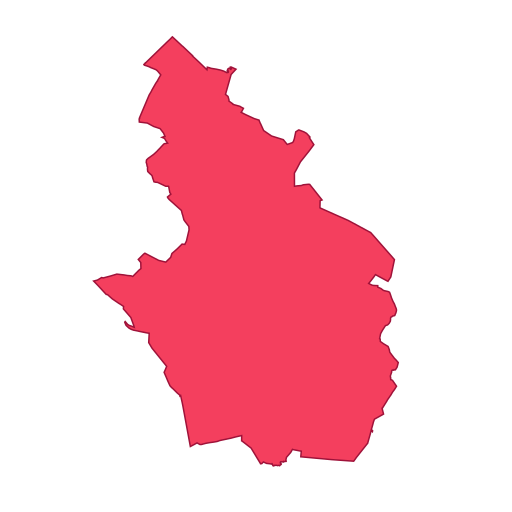 outline of Mores pag., Siguldas, Latvia, rotated 188°
{"feature_id": "27541924B85362854834044", "entity_name": "Mores pag.", "entity_type": "district", "adm_level": 2, "iso_a3": "LVA", "parent_name": "Latvia", "parent_adm1": "Siguldas", "projection": "mercator", "projection_center": [25.077, 57.066], "detail": "fine", "context": "isolated", "style": "filled", "palette": "rose", "viewbox_px": 512, "rotation_deg": 188, "n_neighbors": 0, "source": "geoboundaries", "source_scale": "gbopen_adm2", "svg_char_len": 5758}
<svg xmlns="http://www.w3.org/2000/svg" viewBox="0 0 512 512"><g transform="rotate(188 256 256)"><path d="M109.9,218.1L109.6,219.0L109.5,219.7L109.3,221.3L109.4,222.2L109.6,222.8L110.1,223.9L110.9,225.2L112.3,227.8L114.1,230.2L114.5,230.9L116.0,233.4L117.6,236.7L118.7,238.7L120.2,239.2L124.0,239.5L125.1,239.7L127.8,241.2L131.1,242.1L131.3,243.6L135.4,243.2L137.2,243.3L140.6,244.5L139.0,247.1L136.5,251.5L135.1,254.2L132.5,253.2L123.3,249.8L122.9,249.6L122.5,249.6L121.8,249.3L119.6,254.0L119.3,258.3L118.4,271.7L120.8,273.8L145.6,295.1L169.5,304.0L183.6,308.0L198.1,312.2L199.4,312.6L200.1,318.8L200.2,319.6L200.1,319.8L198.4,320.7L212.8,334.4L214.2,334.3L219.1,333.1L220.9,332.1L224.9,331.2L227.6,330.4L229.5,343.5L228.1,347.0L225.1,355.4L218.0,367.4L214.2,374.3L219.6,380.5L219.1,381.3L223.0,384.5L225.8,385.6L231.0,386.8L231.4,386.7L232.3,385.9L233.9,384.5L234.4,377.3L234.9,374.7L235.6,373.4L240.6,370.8L244.9,374.8L245.1,375.0L257.3,377.0L265.9,381.3L269.8,387.5L270.4,388.3L271.8,390.7L271.9,391.0L276.8,391.8L286.1,394.6L290.7,396.2L290.1,397.4L289.0,400.5L291.2,401.3L292.8,402.0L299.8,402.9L299.9,403.3L304.3,405.6L304.5,406.9L305.9,410.1L308.7,411.8L307.9,417.7L305.9,432.3L301.8,438.2L306.9,439.7L307.4,439.6L307.0,439.1L306.7,438.9L306.5,438.5L306.6,437.8L306.7,437.5L306.9,437.2L307.3,437.3L307.5,437.5L307.7,437.9L308.0,438.4L308.3,438.5L309.3,437.9L309.8,437.4L310.0,437.0L309.9,436.4L310.2,436.1L310.3,435.3L310.1,435.1L309.9,435.1L309.5,435.7L309.1,434.9L309.0,434.7L309.1,434.4L309.0,434.0L309.1,433.9L309.4,433.8L309.8,433.7L310.0,433.7L310.3,433.5L310.6,433.6L311.0,433.7L313.7,434.6L317.2,435.2L321.5,435.5L321.9,435.5L326.1,435.6L327.5,435.7L327.8,435.9L330.5,436.2L330.5,433.6L339.3,440.0L346.6,445.1L346.5,445.4L352.4,449.6L357.7,453.4L358.2,453.6L369.3,461.4L369.5,461.2L371.2,458.8L374.1,455.2L377.9,450.3L378.1,450.1L379.7,448.0L390.9,433.6L392.1,432.0L392.3,432.0L392.7,431.5L392.7,431.2L393.5,430.3L393.7,430.1L393.7,429.9L392.9,429.4L392.3,429.3L390.4,429.0L388.1,428.5L386.4,427.9L383.8,427.3L381.1,426.6L380.7,426.4L380.0,426.0L379.0,425.3L376.7,423.2L375.5,422.1L376.9,418.7L378.0,415.8L377.9,415.5L378.2,415.3L379.3,413.1L382.3,405.5L382.5,404.7L384.2,400.6L390.6,376.6L390.4,376.3L390.8,375.5L390.2,372.4L382.0,372.5L381.0,372.1L375.3,370.0L368.7,368.8L364.7,364.9L362.8,361.8L363.1,361.8L365.6,360.4L364.0,360.0L363.3,359.8L362.7,359.4L361.1,357.4L359.2,355.5L360.4,355.0L361.7,354.7L362.5,354.4L363.0,353.9L364.4,351.9L365.2,350.8L366.1,349.4L367.4,347.7L368.7,345.8L371.5,342.4L374.9,339.1L376.4,337.7L377.3,336.5L377.7,336.0L377.8,335.5L377.8,334.8L377.7,333.2L377.1,332.2L376.6,330.7L376.2,329.5L375.7,329.0L375.6,327.2L375.4,326.2L375.1,325.1L375.0,324.7L374.6,324.3L372.3,322.6L370.9,321.7L370.5,321.4L370.0,320.8L369.0,318.5L367.8,316.2L367.4,315.3L366.8,315.2L365.7,315.1L363.7,315.2L355.1,312.5L352.4,312.9L352.2,312.8L350.2,306.9L348.9,305.4L351.9,302.1L351.6,301.5L349.9,299.9L336.2,290.7L334.9,287.4L334.3,286.3L332.5,281.9L332.3,281.6L330.9,280.1L326.6,275.9L325.9,272.3L326.0,271.9L327.0,261.0L328.1,257.9L328.1,257.6L330.9,257.5L331.1,257.2L335.1,252.0L339.6,246.8L340.3,242.8L344.5,237.4L351.7,238.1L366.4,243.3L367.5,242.3L372.1,236.2L369.2,233.5L368.2,227.5L370.0,225.6L375.2,218.6L377.0,219.0L380.7,218.8L384.1,218.9L391.3,218.7L397.6,215.8L404.3,213.0L405.9,213.2L407.3,212.0L409.7,210.1L413.3,208.6L408.4,204.8L399.0,197.1L397.7,197.1L392.3,193.5L385.2,190.0L383.1,189.1L380.1,187.6L380.0,185.2L371.4,177.7L367.2,169.8L367.0,169.2L366.7,168.5L369.4,169.2L371.8,169.6L373.6,170.4L376.4,172.9L376.8,172.2L375.9,170.6L375.0,169.2L371.7,166.9L369.4,166.0L366.8,165.5L354.3,164.7L351.0,164.6L350.2,155.3L346.1,150.2L329.1,134.3L330.1,130.4L330.8,128.0L328.9,124.9L328.1,123.6L325.8,119.7L323.1,115.5L321.3,114.0L319.6,112.9L314.8,109.3L314.3,109.0L312.1,107.6L311.8,106.7L311.2,107.3L308.7,100.6L307.6,97.5L294.5,58.2L290.9,60.8L288.4,62.7L285.2,61.5L283.6,61.8L282.1,62.5L279.4,63.6L276.0,64.7L271.8,65.9L268.7,66.9L267.1,67.7L267.0,67.8L266.2,68.2L264.9,68.7L255.5,72.1L251.0,74.0L245.2,76.2L244.5,71.0L244.4,71.0L234.1,65.1L222.7,51.1L222.6,50.9L221.4,51.2L220.0,53.1L216.8,52.1L212.8,52.2L212.4,52.1L211.9,52.1L211.3,52.6L211.0,52.3L211.1,52.0L210.9,51.8L210.4,51.4L210.3,51.2L210.1,50.8L210.0,50.7L209.8,50.6L209.2,50.6L209.0,51.0L208.9,51.2L208.2,51.2L208.0,51.4L207.7,51.4L206.6,51.6L205.9,51.5L205.6,51.4L205.0,51.7L204.8,51.8L204.7,51.8L204.2,51.7L203.9,51.7L203.6,51.6L203.4,51.6L203.2,51.9L203.1,52.2L202.2,53.0L202.0,53.4L202.0,53.6L202.6,53.7L202.6,53.8L203.0,54.2L203.2,55.0L203.1,55.4L202.9,55.7L202.6,55.9L202.4,55.9L202.1,55.7L201.9,55.6L201.3,55.8L201.2,55.9L200.7,56.2L200.4,55.9L200.2,56.2L200.1,56.3L199.9,56.0L198.6,56.7L197.8,56.7L197.6,56.8L197.5,57.0L197.7,57.4L198.0,57.5L198.0,58.6L197.8,60.9L194.3,66.3L194.0,67.0L193.0,69.6L191.9,69.4L184.0,69.0L183.7,63.4L152.6,64.9L130.7,66.4L129.4,68.8L128.6,70.4L119.8,85.4L119.4,85.9L118.1,95.5L117.7,99.2L116.3,98.2L116.2,99.2L117.6,100.2L116.9,105.3L116.6,108.0L116.0,110.9L107.7,117.2L109.9,122.6L109.9,122.8L109.7,122.8L106.1,130.9L105.9,131.6L103.6,136.2L103.3,136.7L101.8,140.3L100.2,143.2L98.7,146.6L103.5,151.8L104.5,152.2L105.4,152.3L105.5,152.6L105.6,153.8L105.8,154.0L105.8,154.6L106.0,154.8L106.0,155.1L106.2,155.4L106.3,155.8L106.2,156.3L105.5,159.9L105.7,161.0L105.2,162.0L103.8,162.1L103.5,162.7L102.8,162.5L102.1,162.7L100.8,165.6L100.5,168.3L100.3,170.3L103.4,173.0L104.3,173.6L105.0,174.2L110.1,179.3L111.0,181.9L112.6,184.8L117.6,186.9L121.0,188.7L121.5,191.1L122.1,191.3L121.8,196.4L120.5,199.9L118.1,205.1L116.7,205.7L115.9,206.3L114.7,208.0L113.9,210.1L113.9,211.5L114.1,213.1L114.0,214.1L112.9,214.8L112.5,215.5L111.0,216.0L110.3,216.4L109.9,218.1Z" fill="#f43f5e" stroke="#9f1239" stroke-width="1.5"/></g></svg>